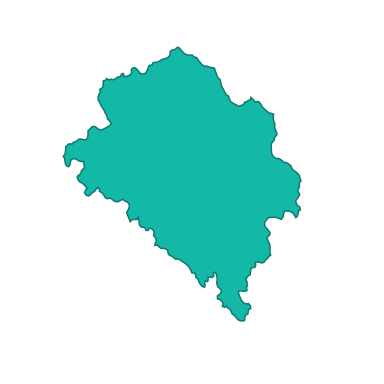 Esmeraldas, Minas Gerais, Brazil, rotated 337°
{"feature_id": "56859067B18719992311576", "entity_name": "Esmeraldas", "entity_type": "district", "adm_level": 2, "iso_a3": "BRA", "parent_name": "Brazil", "parent_adm1": "Minas Gerais", "projection": "equal_earth", "projection_center": [-44.321, -19.761], "detail": "fine", "context": "isolated", "style": "filled", "palette": "teal", "viewbox_px": 384, "rotation_deg": 337, "n_neighbors": 0, "source": "geoboundaries", "source_scale": "gbopen_adm2", "svg_char_len": 4908}
<svg xmlns="http://www.w3.org/2000/svg" viewBox="0 0 384 384"><g transform="rotate(337 192 192)"><path d="M281.4,253.3L282.6,251.1L284.8,250.7L285.3,247.8L283.7,245.4L283.6,242.7L284.2,240.4L286.9,238.9L288.9,237.6L290.2,236.3L289.8,232.7L290.8,230.7L292.6,229.8L293.4,227.8L294.4,225.4L296.6,224.4L296.9,221.2L297.2,218.2L296.0,214.9L294.7,212.9L293.3,210.5L293.1,206.1L291.7,203.7L290.2,201.5L288.3,201.0L287.2,198.3L285.2,195.2L282.4,193.9L280.9,191.5L280.3,188.8L280.9,185.9L282.0,183.1L283.0,180.4L284.2,178.4L286.0,177.1L287.8,176.7L288.7,174.7L290.7,173.4L292.8,172.2L293.1,169.9L293.1,167.5L293.2,165.2L294.9,161.3L294.9,158.7L295.7,155.3L297.5,152.4L296.0,150.6L294.4,150.1L292.9,147.7L291.1,143.9L290.0,141.2L289.7,137.8L288.6,134.8L287.1,134.1L285.3,134.0L284.6,131.2L283.3,127.9L281.5,130.0L279.5,129.7L277.7,130.3L275.8,129.8L273.4,131.7L270.3,131.5L268.3,131.4L267.1,129.5L265.6,127.7L264.1,125.7L262.7,123.6L262.8,120.5L263.1,117.9L261.7,116.3L261.2,113.1L261.0,109.6L260.6,106.4L261.2,102.7L261.8,99.7L260.6,97.2L260.4,95.1L260.7,92.6L260.7,89.4L261.1,86.9L259.6,85.5L257.7,84.7L256.3,83.4L255.1,82.0L252.9,81.3L251.1,79.1L250.2,75.9L249.3,73.4L248.8,69.9L246.7,68.8L245.8,66.1L243.8,65.2L241.4,64.2L239.0,61.5L237.5,57.7L236.8,55.0L235.7,53.2L233.8,53.4L232.0,54.3L230.2,53.9L228.5,53.5L226.7,54.3L225.4,57.1L223.7,58.3L221.4,58.8L218.5,58.7L216.1,58.2L213.9,58.7L211.8,59.0L209.4,58.6L206.9,57.6L205.0,59.4L203.0,58.9L201.3,59.2L199.9,61.0L198.2,62.5L196.4,64.2L194.1,64.6L192.1,63.7L190.7,62.5L189.9,59.8L189.0,56.8L187.9,55.1L185.9,54.7L184.0,55.6L183.3,57.8L181.9,59.6L179.6,60.2L177.1,60.0L174.8,59.4L174.9,55.9L172.7,56.1L171.7,58.1L169.0,57.2L166.4,57.7L163.8,58.1L161.5,56.5L159.5,56.5L157.9,54.3L155.9,55.4L153.8,55.0L152.6,57.5L151.0,60.7L148.9,61.3L147.1,61.6L146.9,63.9L144.8,65.6L142.9,67.6L141.6,70.4L142.0,74.2L142.1,77.6L142.7,80.3L143.0,83.2L143.0,86.2L143.5,88.3L142.8,91.8L144.0,94.6L144.3,97.7L142.4,98.7L140.2,99.0L137.8,99.3L135.9,99.4L134.1,99.6L131.9,99.3L130.4,97.6L129.0,95.1L127.6,93.2L125.4,92.9L123.0,94.0L120.2,95.0L118.7,98.6L117.3,100.9L115.7,102.3L113.5,102.2L111.2,100.3L108.4,99.1L106.4,99.9L103.8,100.2L102.2,99.8L100.9,101.1L99.4,100.4L97.2,99.6L95.2,100.4L93.5,100.9L92.5,103.1L91.5,104.9L90.1,107.4L87.5,108.8L87.8,111.3L87.3,113.6L86.5,116.4L86.7,118.8L88.3,120.5L90.1,119.5L91.8,116.7L93.6,115.0L96.2,115.0L98.2,116.5L99.9,119.0L101.7,120.6L104.1,121.5L103.4,123.5L103.1,126.1L101.9,127.8L100.2,128.5L98.6,129.1L97.4,130.9L95.7,132.0L93.9,132.3L92.3,133.1L91.9,136.1L92.5,138.8L94.2,140.7L95.9,143.9L96.7,147.6L94.8,148.8L92.8,150.6L93.4,153.5L94.9,155.1L97.1,155.0L100.0,153.7L102.4,153.4L104.7,152.1L106.5,151.1L108.0,152.9L107.1,155.3L108.8,157.6L109.6,160.0L109.8,162.7L110.8,164.7L112.6,165.3L114.6,165.8L115.7,167.7L116.6,169.5L117.9,170.9L119.3,171.8L121.0,172.1L123.1,171.8L125.2,171.6L126.8,174.2L128.5,175.8L129.3,178.1L128.9,180.5L127.3,182.6L125.4,184.1L123.8,185.4L123.7,188.1L123.6,191.8L123.5,195.2L125.8,194.1L128.1,194.7L130.5,195.8L132.6,194.3L132.0,197.8L130.8,201.6L131.5,204.4L133.1,205.3L134.7,206.4L134.6,209.4L136.6,210.2L138.2,208.9L140.3,209.7L141.5,212.4L141.3,214.6L139.6,217.0L140.6,220.6L139.8,223.7L138.0,224.9L136.9,226.7L139.0,227.1L140.1,229.2L141.3,231.7L143.2,232.5L145.5,233.8L146.9,236.3L146.1,238.3L146.3,241.0L148.3,243.2L149.6,245.5L150.9,247.6L153.0,248.1L154.6,250.1L156.1,252.5L157.7,254.8L158.9,257.2L159.7,259.3L160.3,262.9L160.3,266.6L162.5,267.3L162.9,269.4L162.2,272.1L163.6,274.7L163.2,277.4L163.6,280.2L164.4,282.6L166.2,284.6L167.7,283.0L168.1,280.7L169.6,278.9L171.3,280.5L172.6,279.2L173.1,277.1L175.0,277.1L177.4,278.6L179.3,277.8L180.2,274.6L182.0,275.0L182.3,278.3L181.1,282.2L179.2,285.4L178.7,288.8L179.6,291.3L180.5,293.2L179.9,295.5L178.3,296.8L176.6,297.1L174.7,297.6L173.7,300.5L175.8,301.9L176.9,304.5L176.7,307.7L175.2,308.8L176.7,310.9L179.0,310.6L179.8,313.1L181.1,314.4L181.3,317.2L181.4,320.0L182.8,322.3L183.6,324.6L184.5,327.6L186.4,329.6L188.5,330.6L190.3,330.8L191.6,328.1L193.3,326.3L195.7,326.1L198.1,322.4L200.6,322.2L201.3,319.6L200.3,316.6L198.6,316.5L196.4,314.6L195.0,310.5L195.2,307.5L195.1,305.0L195.5,302.3L197.3,301.6L198.8,302.3L201.1,303.8L204.1,304.2L204.8,301.5L206.2,299.8L207.5,296.3L207.4,293.2L209.7,291.9L211.4,290.9L213.1,291.1L214.3,289.2L215.3,287.0L216.7,285.4L218.4,285.3L220.4,286.0L221.9,284.6L223.0,281.5L225.2,282.0L227.1,283.4L228.9,284.8L231.2,284.6L233.2,283.2L235.6,282.6L238.0,281.1L239.7,281.0L240.0,278.9L240.5,276.7L241.7,274.8L242.6,272.6L243.1,270.3L242.9,266.8L243.1,263.9L244.9,262.3L246.8,262.0L248.0,259.8L247.3,257.4L246.8,255.2L245.7,252.3L246.5,249.1L248.3,247.5L250.6,246.2L253.1,245.5L255.7,246.7L258.0,247.4L260.2,248.8L261.5,250.1L263.6,252.1L266.1,250.5L268.1,247.4L270.3,245.6L272.0,246.6L273.8,247.6L276.5,250.0L277.3,253.7L277.6,256.2L279.4,255.6L281.4,253.3Z" fill="#14b8a6" stroke="#0f766e" stroke-width="1.5"/></g></svg>